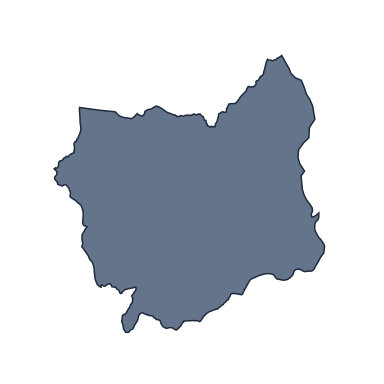 Seno, Séno, Burkina Faso (Equal Earth projection), rotated 9°
{"feature_id": "67063806B86156352342594", "entity_name": "Seno", "entity_type": "district", "adm_level": 2, "iso_a3": "BFA", "parent_name": "Burkina Faso", "parent_adm1": "Séno", "projection": "equal_earth", "projection_center": [-0.111, 13.969], "detail": "fine", "context": "isolated", "style": "filled", "palette": "slate", "viewbox_px": 384, "rotation_deg": 9, "n_neighbors": 0, "source": "geoboundaries", "source_scale": "gbopen_adm2", "svg_char_len": 6004}
<svg xmlns="http://www.w3.org/2000/svg" viewBox="0 0 384 384"><g transform="rotate(9 192 192)"><path d="M219.9,318.9L221.0,317.4L223.0,313.1L225.9,309.2L227.5,307.8L232.4,304.9L234.8,303.7L235.4,303.6L235.9,303.2L236.5,302.3L237.3,301.4L238.2,300.6L239.2,299.0L240.0,298.4L240.5,298.3L240.9,297.0L241.5,296.1L242.7,295.1L243.0,294.6L243.1,293.9L243.4,293.5L244.4,293.0L244.9,292.4L244.7,292.1L245.0,290.9L245.9,289.0L246.2,287.5L246.6,286.4L249.3,285.6L254.4,285.6L257.0,285.7L257.7,285.2L258.0,284.8L258.3,282.9L259.0,281.0L262.7,270.8L263.2,269.8L264.4,268.5L271.2,264.1L276.4,261.6L280.4,260.6L282.3,260.5L285.0,260.8L286.1,261.3L287.1,262.6L288.2,263.7L289.2,264.4L290.0,264.7L291.0,264.6L296.1,264.9L300.0,263.5L302.2,261.4L304.0,258.9L304.7,257.5L304.9,256.8L305.0,255.2L305.3,254.2L305.7,253.4L306.8,252.3L308.3,251.8L310.1,251.4L311.8,251.8L313.7,252.6L315.1,252.9L316.5,252.9L319.4,251.9L321.4,251.7L322.9,251.1L323.8,250.3L324.6,249.1L325.8,245.5L327.4,241.7L328.9,237.2L330.4,233.9L331.8,231.6L331.7,231.2L331.5,225.0L330.2,222.5L326.3,218.5L324.6,217.4L323.3,216.0L319.5,210.7L318.8,208.4L318.4,204.4L318.8,202.1L320.5,200.3L321.2,197.5L320.5,192.8L318.6,195.1L316.4,197.3L314.4,197.9L313.3,195.8L314.0,191.5L313.2,188.9L311.6,187.0L306.4,181.9L303.6,178.2L300.8,172.7L298.1,162.6L297.3,158.9L299.9,153.8L293.9,147.1L291.2,141.2L290.7,133.7L294.6,125.8L298.9,120.2L297.9,109.9L302.0,100.9L297.7,88.3L293.8,82.0L289.9,77.8L286.3,70.8L282.5,64.6L276.1,63.0L271.1,59.3L268.9,55.4L259.2,43.1L257.9,44.7L257.5,44.8L256.8,45.6L255.7,46.2L253.6,48.5L253.3,48.6L252.4,48.7L251.2,49.8L250.7,49.8L249.5,49.4L248.3,49.6L246.9,49.5L245.8,49.1L245.2,51.4L245.0,52.5L244.5,59.0L244.2,61.0L244.0,64.2L243.9,64.9L243.6,65.5L241.3,67.5L241.0,69.1L240.4,70.0L240.2,70.6L240.2,71.1L239.4,72.0L238.5,72.1L237.9,72.8L238.1,74.1L238.5,75.6L237.5,77.1L236.5,78.0L236.0,78.7L234.2,78.8L233.6,79.1L233.1,79.2L231.7,78.8L231.0,79.0L230.9,79.4L230.3,80.7L229.7,82.9L229.7,83.7L228.9,84.7L228.2,85.8L224.9,90.5L224.0,92.9L222.9,94.8L222.0,96.4L221.0,97.6L219.8,98.1L216.7,98.6L216.0,99.0L214.7,99.3L214.3,101.1L213.8,101.7L213.6,103.7L213.1,104.1L213.0,104.6L213.2,105.1L213.2,106.4L213.2,107.8L213.1,108.0L211.6,108.2L209.3,108.0L207.7,109.7L206.5,110.2L206.2,110.7L206.2,113.0L205.8,117.4L205.5,119.0L204.6,120.7L204.6,122.4L204.3,123.0L204.3,124.1L202.8,124.1L201.9,124.4L201.2,124.0L200.5,124.3L200.6,124.7L200.3,124.9L199.4,125.0L198.1,124.3L196.7,124.2L196.6,122.8L195.1,121.4L194.9,119.9L194.5,119.1L193.1,119.1L192.7,118.7L191.4,116.0L189.8,115.3L188.2,113.9L187.5,113.8L187.0,114.2L186.1,113.9L185.3,114.7L182.5,115.2L181.9,114.6L181.2,114.9L180.2,115.8L179.7,115.9L179.0,116.7L176.5,116.5L175.6,117.2L174.7,116.9L174.1,117.3L173.3,117.4L172.2,118.4L169.0,118.3L168.2,118.6L167.3,119.5L166.2,119.8L165.3,119.7L164.9,119.9L164.8,119.3L163.6,118.6L161.0,118.5L158.4,117.8L156.5,117.6L154.4,117.0L148.9,114.2L146.0,113.1L144.0,112.7L142.9,112.9L140.8,114.5L139.6,115.7L138.4,116.5L136.7,117.2L135.9,117.2L135.1,117.8L134.8,118.4L134.0,118.6L132.9,119.7L132.8,122.3L132.6,122.6L132.1,123.7L131.8,123.8L131.0,124.9L129.0,124.5L128.6,124.6L127.9,124.2L127.5,124.2L127.1,123.9L126.5,123.6L126.1,123.7L125.6,123.6L125.4,123.3L124.8,124.4L124.3,124.9L123.6,126.1L121.2,128.9L112.3,129.1L108.5,128.2L106.5,127.1L104.6,125.4L103.8,124.9L102.9,124.8L88.0,125.7L67.7,126.1L67.9,128.2L70.0,137.4L70.6,140.9L72.3,146.4L72.4,149.1L72.0,152.3L71.4,154.3L71.1,154.9L71.1,156.2L70.3,157.3L69.9,158.5L69.7,160.2L68.5,160.8L67.9,162.3L68.3,164.6L68.9,165.8L69.0,166.6L69.1,167.7L69.0,170.4L69.2,171.6L66.7,173.3L65.6,174.3L64.1,176.6L63.5,176.7L62.9,176.4L62.1,176.6L61.4,177.8L60.2,178.5L59.7,179.5L58.6,181.2L58.0,181.6L56.7,181.6L57.1,181.8L56.2,182.5L55.6,184.2L56.0,185.3L56.0,186.2L55.8,188.0L55.6,188.4L54.3,189.8L53.6,189.4L52.2,190.6L53.2,191.6L54.1,192.0L55.2,192.9L55.4,193.3L55.8,195.4L55.7,196.2L54.4,198.0L54.2,198.6L54.1,199.7L54.6,201.0L56.5,202.5L56.9,203.0L57.4,203.3L57.7,203.8L57.8,204.7L58.3,205.4L62.7,206.4L63.2,206.3L64.5,205.0L65.3,204.7L66.4,204.7L67.6,205.5L69.9,207.7L70.9,209.8L71.9,211.0L72.1,212.2L72.1,214.4L72.3,215.5L72.9,216.3L78.5,218.7L80.3,220.1L83.0,221.6L84.2,222.4L85.2,223.7L86.6,226.3L87.4,228.3L87.9,230.1L88.2,232.4L88.8,239.6L89.4,240.8L90.0,241.8L90.8,242.2L92.3,242.1L93.0,242.7L93.8,242.8L93.3,244.0L92.7,244.7L92.0,246.0L92.0,246.9L90.4,250.4L90.2,252.3L90.4,254.1L91.1,257.0L92.1,259.8L92.1,261.1L91.7,262.9L92.0,263.6L93.0,264.4L99.5,271.2L101.5,274.5L104.8,277.3L105.8,279.3L107.3,282.7L108.0,286.3L109.9,292.9L110.4,294.1L110.9,294.6L112.0,296.8L112.7,297.9L114.0,299.0L116.8,300.3L117.1,300.3L116.9,299.6L116.9,298.2L117.6,297.9L119.7,298.8L120.5,298.7L121.1,298.3L121.9,297.3L124.2,295.8L124.8,295.5L126.6,296.2L127.5,297.8L127.9,298.2L131.6,298.0L132.7,299.6L134.7,300.2L135.2,300.6L136.2,302.5L136.8,303.1L137.4,303.5L138.3,303.1L139.5,300.8L140.3,299.7L141.0,299.0L145.6,296.9L148.8,295.9L150.0,295.1L151.0,294.8L151.4,295.0L151.8,296.0L151.8,297.7L150.4,300.3L150.3,300.9L150.3,301.6L148.7,303.7L149.5,305.8L150.2,306.5L150.2,307.8L150.4,308.5L150.2,309.4L150.5,310.0L150.1,310.7L150.0,311.3L149.1,312.5L148.9,313.0L148.6,315.2L146.9,318.8L146.2,321.1L145.5,322.5L144.7,323.3L143.5,323.7L142.9,324.5L142.5,325.5L142.8,326.8L142.7,327.7L142.9,329.4L142.8,330.7L143.0,331.3L143.7,332.4L144.9,335.0L145.7,337.7L146.0,338.3L148.5,340.9L149.7,340.9L151.2,340.6L151.5,340.3L152.5,338.4L153.2,337.7L154.3,337.0L155.1,336.1L155.9,334.0L156.0,332.7L157.8,328.7L158.4,326.7L158.6,322.9L159.1,321.6L159.9,320.3L160.7,319.5L161.6,319.1L167.0,320.4L169.4,320.7L172.7,320.6L173.1,320.9L173.7,321.9L175.5,322.5L176.6,323.5L179.2,323.5L180.2,323.7L181.1,325.0L182.4,327.4L183.8,328.9L185.1,329.8L186.5,330.3L187.6,330.6L188.8,330.5L190.5,329.6L193.0,329.2L194.8,329.5L196.9,330.6L198.3,330.7L198.8,330.3L201.6,326.3L202.3,325.0L202.6,324.1L203.0,322.4L204.1,321.8L204.1,320.9L205.6,320.4L213.2,318.8L218.2,318.3L219.9,318.9Z" fill="#64748b" stroke="#1e293b" stroke-width="1.5"/></g></svg>